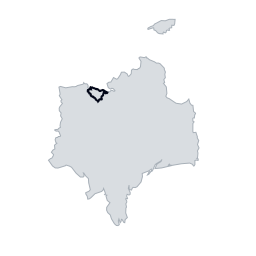 where Doubs sits in France, rotated 247°
{"feature_id": "FRA-5287", "entity_name": "Doubs", "entity_type": "Metropolitan department", "adm_level": 1, "iso_a3": "FRA", "parent_name": "France", "parent_adm1": "", "projection": "albers", "projection_center": [6.359, 47.06], "detail": "fine", "context": "in_parent", "style": "outline", "palette": "ink", "viewbox_px": 256, "rotation_deg": 247, "n_neighbors": 0, "source": "natural_earth", "source_scale": "10m", "svg_char_len": 5273}
<svg xmlns="http://www.w3.org/2000/svg" viewBox="0 0 256 256"><g transform="rotate(247 128 128)"><path d="M187.0,104.9L185.5,105.7L184.7,107.4L183.8,107.8L182.1,107.8L181.3,106.8L179.3,107.5L178.5,108.5L179.7,109.8L175.7,115.0L173.2,116.4L172.6,119.8L169.6,122.4L168.5,125.1L168.4,125.6L169.1,126.5L168.8,128.2L167.2,129.4L167.3,130.5L167.7,130.6L170.0,129.8L170.9,128.7L170.5,127.3L172.8,125.6L177.1,126.0L177.6,128.3L177.0,130.2L180.1,134.4L177.5,136.4L177.3,137.7L180.1,141.9L181.9,143.7L180.9,146.5L178.0,148.4L176.1,148.3L175.3,148.7L175.4,149.6L176.7,152.2L179.9,153.8L180.4,155.8L179.6,156.5L178.1,159.4L178.7,160.9L178.5,161.5L178.8,162.5L179.7,163.5L184.2,166.0L188.2,165.4L188.7,166.9L186.3,170.7L186.5,172.5L185.2,172.5L185.0,173.1L182.5,174.4L178.5,178.3L176.6,179.5L175.8,181.5L174.7,182.6L168.9,184.8L167.8,184.3L164.9,184.3L163.1,182.9L159.7,182.0L158.6,179.9L155.5,179.5L155.3,178.1L150.8,179.3L144.6,177.3L142.4,175.2L140.6,175.7L138.9,177.4L132.0,181.9L129.1,186.7L129.4,192.4L130.9,195.3L126.7,194.7L124.2,195.4L123.5,196.6L117.6,194.8L115.4,195.9L114.8,195.8L114.1,194.6L111.3,193.0L111.8,192.1L111.4,191.3L108.8,190.4L107.8,191.2L106.8,189.5L99.4,186.3L98.2,186.3L97.5,188.8L92.6,188.4L92.0,187.9L88.8,188.2L85.6,185.5L81.9,185.6L79.8,183.0L77.6,182.6L74.6,181.0L73.3,180.2L73.2,179.5L72.2,180.5L71.0,180.1L70.8,179.8L71.7,178.5L72.0,176.9L68.2,175.3L67.3,174.1L67.4,173.5L69.5,173.1L71.6,171.1L74.2,163.3L76.4,153.9L77.5,152.2L78.7,151.9L77.9,150.5L76.6,152.1L78.1,143.4L80.1,137.0L83.0,140.0L83.6,141.2L84.2,145.2L85.8,147.0L84.8,145.3L84.1,140.0L83.5,138.5L79.0,133.7L78.9,132.7L81.0,133.4L80.4,130.1L80.6,123.3L77.6,122.3L73.2,118.9L70.4,113.4L70.3,111.4L71.4,109.4L70.7,108.1L69.5,107.0L70.7,105.4L71.7,105.3L75.0,106.7L72.4,104.7L67.8,104.8L66.1,104.0L65.9,102.7L67.3,101.3L65.9,100.1L63.3,100.1L63.1,99.6L64.0,98.6L63.4,98.1L61.2,98.3L60.1,97.8L59.1,96.4L55.8,95.7L55.1,94.8L50.7,92.7L45.8,92.4L44.8,89.6L42.1,88.0L42.8,87.2L45.8,86.9L46.5,86.3L44.5,84.9L43.9,83.8L47.8,84.1L46.2,82.7L42.4,82.2L42.1,80.6L42.8,79.2L45.2,78.1L50.9,77.3L54.9,77.7L57.9,76.3L60.7,76.2L63.3,77.4L66.3,82.2L69.4,80.6L73.7,81.1L74.4,82.3L75.8,80.4L76.6,81.7L81.9,81.9L80.7,80.9L79.9,79.0L80.4,72.0L78.3,66.6L77.9,64.7L78.2,63.2L81.2,63.8L83.8,63.4L85.0,63.9L85.0,67.2L85.9,69.2L92.9,70.4L96.9,71.8L100.5,70.3L103.8,69.7L104.1,69.3L102.2,69.3L100.6,68.4L100.4,67.5L101.5,65.0L106.6,62.6L113.9,60.7L115.8,59.2L118.1,56.5L117.7,55.7L118.5,47.9L119.7,45.4L122.5,43.7L129.4,42.2L130.1,44.7L130.0,46.1L131.7,48.4L132.6,49.1L135.6,48.0L137.0,50.2L137.3,52.5L140.9,53.6L141.8,56.6L142.5,56.0L144.8,56.2L145.9,56.5L147.3,57.9L146.8,59.6L147.4,60.5L146.7,62.2L147.2,62.9L151.4,63.0L152.6,62.3L153.2,60.6L154.5,59.7L155.0,60.0L154.1,63.1L154.7,63.9L155.0,66.1L156.6,66.3L159.6,68.1L162.2,71.1L165.5,70.7L168.0,72.3L170.7,71.5L173.1,72.4L174.0,73.2L176.3,77.3L178.1,76.5L179.4,77.0L179.8,78.2L184.6,77.4L185.5,78.6L186.5,79.0L192.6,80.4L192.7,82.0L189.3,86.4L187.8,92.8L186.8,95.0L186.5,96.6L186.8,97.7L186.6,99.4L185.9,103.5L186.4,104.7L187.0,104.9ZM212.5,188.7L212.3,191.3L213.3,193.1L213.9,200.6L212.1,204.2L211.9,208.6L209.6,213.8L205.7,211.7L204.5,210.4L205.5,208.4L203.2,207.4L203.7,205.5L203.4,204.5L201.8,204.5L201.7,204.0L202.8,202.5L202.8,201.6L201.3,200.5L201.0,199.4L202.4,198.3L201.7,197.2L200.9,197.0L202.7,193.6L204.0,192.5L207.0,191.5L208.1,190.2L210.1,190.8L210.4,190.4L210.9,185.0L211.5,184.9L212.2,185.6L212.5,188.7ZM79.5,130.4L78.9,131.9L77.3,129.1L77.2,127.6L79.5,130.4Z" fill="#d9dde1" stroke="#a8b0b8" stroke-width="1"/><path d="M178.9,107.9L178.8,108.0L178.8,108.3L178.4,108.5L178.1,109.0L179.5,109.1L179.9,109.1L180.1,109.3L180.2,109.5L179.9,109.8L179.7,109.8L179.6,110.1L179.4,110.1L179.2,110.3L179.1,110.7L179.2,111.1L178.3,111.7L178.0,112.1L177.8,112.5L177.7,112.5L177.0,113.2L176.6,113.4L176.6,113.7L176.4,113.8L176.1,114.0L175.8,114.4L176.0,114.7L175.7,115.1L174.9,115.7L173.6,116.1L173.0,116.5L172.8,117.1L172.9,117.3L173.0,117.6L173.1,117.8L173.1,118.0L172.9,118.3L172.7,118.9L172.7,119.0L172.8,119.2L172.9,119.3L172.9,119.6L172.7,119.9L172.6,120.0L172.2,120.2L171.9,120.6L171.7,120.7L170.9,121.1L169.2,122.6L169.1,122.9L169.1,123.1L169.3,123.3L169.0,123.2L168.7,122.9L168.4,122.6L168.3,122.3L168.4,122.1L168.5,122.0L168.8,121.7L168.7,121.2L168.7,120.9L170.0,119.9L170.2,119.6L168.6,118.2L168.2,118.1L167.7,117.6L167.6,117.3L167.5,116.6L167.5,116.4L167.4,116.1L167.2,115.9L166.6,115.5L165.7,115.3L165.5,115.0L165.3,114.9L165.2,115.0L164.9,115.2L164.7,115.1L164.6,114.9L164.9,114.6L165.0,114.4L165.0,114.0L165.0,113.9L165.1,113.7L165.3,113.6L165.3,113.4L165.5,113.1L165.5,112.9L165.4,112.8L165.1,112.1L164.4,111.6L164.2,111.0L164.1,110.8L164.5,110.8L166.8,109.4L167.0,109.4L167.4,109.6L167.7,109.5L168.6,109.2L168.8,109.1L169.1,108.6L169.6,108.6L169.8,108.5L169.8,108.4L170.0,108.1L170.1,107.9L170.3,107.9L170.7,108.0L170.8,107.9L171.0,107.7L171.4,106.8L171.5,106.7L172.8,106.4L173.0,106.4L173.1,106.5L173.3,106.7L173.4,106.8L173.5,106.7L174.3,106.8L174.5,106.7L174.7,106.2L174.8,106.0L175.2,106.1L175.3,106.1L175.7,105.8L176.1,105.6L177.0,105.9L177.3,105.5L177.5,105.8L177.8,105.8L178.1,105.7L178.4,105.7L178.5,105.9L178.7,106.0L178.7,106.3L178.6,106.7L178.6,106.9L178.9,107.6L178.9,107.9Z" fill="none" stroke="#020617" stroke-width="2"/></g></svg>